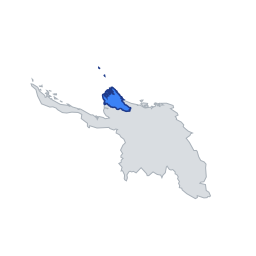 Myanmar, with Ayeyarwady highlighted, rotated 125°
{"feature_id": "MMR-3275", "entity_name": "Ayeyarwady", "entity_type": "Division", "adm_level": 1, "iso_a3": "MMR", "parent_name": "Myanmar", "parent_adm1": "", "projection": "robinson", "projection_center": [94.965, 16.268], "detail": "fine", "context": "in_parent", "style": "filled", "palette": "blue", "viewbox_px": 256, "rotation_deg": 125, "n_neighbors": 0, "source": "natural_earth", "source_scale": "10m", "svg_char_len": 8969}
<svg xmlns="http://www.w3.org/2000/svg" viewBox="0 0 256 256"><g transform="rotate(125 128 128)"><path d="M162.3,115.2L160.0,113.9L158.3,115.1L155.7,114.6L156.0,117.1L154.6,117.9L152.0,117.7L150.4,121.4L145.0,122.3L141.5,121.7L139.5,125.0L139.4,128.7L138.4,131.0L138.9,134.9L136.6,136.0L135.2,135.7L135.9,137.5L137.7,138.3L138.8,142.4L138.5,144.0L145.8,153.4L148.1,160.7L149.8,159.7L150.3,160.5L149.7,162.4L147.4,163.9L147.1,171.7L143.4,173.6L143.6,176.2L144.0,178.0L147.3,183.2L150.9,186.8L153.0,190.6L153.4,196.1L152.9,198.4L153.8,201.8L155.7,204.0L157.8,212.7L153.6,220.4L149.3,225.5L148.8,230.9L147.4,232.7L146.7,231.0L146.4,225.3L148.5,221.8L149.1,214.9L150.4,213.4L149.7,212.7L148.0,213.2L148.6,207.6L147.7,207.4L148.4,206.2L147.4,196.9L144.0,190.4L143.6,187.6L143.1,191.4L142.7,190.6L142.6,185.5L140.7,179.9L140.9,179.4L141.7,179.9L140.9,178.6L140.2,178.9L139.7,177.5L138.6,165.9L137.4,164.3L137.8,159.3L138.7,158.0L135.3,158.5L133.6,154.3L133.5,152.0L130.0,148.5L130.6,149.6L130.0,150.8L130.6,152.7L129.2,156.4L127.7,158.1L125.8,158.7L124.3,157.7L124.0,155.8L123.4,155.7L124.8,159.4L119.2,162.6L118.3,164.8L115.5,167.7L114.6,167.3L115.0,163.4L113.3,166.5L111.0,166.6L110.5,162.4L109.6,164.8L108.2,165.6L108.6,158.7L108.2,160.7L106.0,163.4L103.8,164.3L104.3,158.6L107.2,149.5L107.5,146.6L105.9,139.3L103.3,133.3L104.1,133.2L102.3,131.4L102.1,126.9L101.1,128.5L100.9,131.4L98.7,129.9L96.6,126.0L97.5,125.6L99.9,127.5L101.3,126.5L101.6,125.2L97.8,121.3L98.7,119.8L97.5,119.8L94.2,118.0L93.3,118.3L93.7,120.0L93.0,120.4L91.8,117.9L92.7,116.7L91.9,116.7L92.4,114.5L92.1,114.1L90.6,117.1L89.7,116.4L90.7,114.9L90.3,114.0L88.9,112.3L89.0,115.4L85.6,110.6L83.7,104.0L85.2,102.3L87.8,104.3L87.6,96.2L88.7,94.4L91.5,95.9L92.2,93.8L93.3,93.3L92.6,87.7L93.5,84.1L95.3,83.5L95.7,80.6L96.0,76.7L95.1,72.3L96.7,73.4L98.6,73.0L103.0,74.5L104.6,69.4L108.7,61.1L107.2,59.2L107.4,58.0L111.0,53.6L112.9,49.8L112.1,46.3L112.8,43.4L116.1,41.6L123.2,35.8L128.5,35.0L130.6,37.3L132.1,37.5L129.9,32.1L134.3,28.1L134.2,24.9L136.3,21.5L137.4,21.7L138.5,23.3L139.7,23.3L141.7,25.7L143.7,32.5L145.2,31.3L147.2,32.3L148.1,42.2L147.6,48.1L146.5,49.4L147.4,51.8L145.5,52.6L144.3,54.9L142.4,55.1L141.1,58.3L139.2,58.8L138.2,61.3L138.5,63.1L136.9,64.2L136.4,67.5L137.8,68.7L138.2,70.5L136.8,74.1L138.0,74.2L143.2,71.8L146.8,72.3L149.3,71.7L147.8,74.2L149.3,77.4L149.6,82.3L155.1,83.7L156.0,85.0L154.8,86.5L153.0,94.5L160.1,95.6L160.4,98.7L161.9,99.8L162.2,101.5L163.1,102.1L167.0,102.0L169.2,99.9L172.2,99.0L172.3,100.7L171.7,102.0L168.5,103.8L166.4,107.4L166.2,108.3L167.2,109.0L163.5,110.4L162.3,115.2ZM98.8,123.8L101.1,125.3L100.7,126.4L99.2,126.5L98.1,124.6L98.8,123.8ZM144.8,202.5L146.2,204.8L144.8,206.4L144.8,202.5ZM98.6,133.8L97.4,133.0L96.5,131.7L99.1,131.8L98.6,133.8ZM146.9,212.4L147.0,215.5L146.0,215.2L145.4,212.6L146.9,212.4ZM107.2,164.3L105.7,166.2L105.5,164.6L107.6,162.2L107.2,164.3ZM137.2,161.6L136.3,161.0L136.2,159.2L136.9,158.7L137.5,159.6L137.2,161.6ZM143.9,216.2L143.7,215.2L144.7,212.7L144.5,214.9L143.9,216.2ZM143.4,221.9L144.6,224.2L144.4,224.6L143.2,222.8L142.5,222.9L143.4,221.9ZM147.8,210.7L146.4,211.4L146.3,209.3L147.8,210.7ZM144.6,232.5L142.9,234.5L143.1,233.4L144.6,232.5ZM91.3,118.3L92.0,120.7L90.9,117.8L91.3,118.3ZM144.8,197.7L144.7,199.5L144.3,196.5L144.8,197.7ZM96.6,120.0L96.8,121.6L95.8,119.4L96.6,120.0ZM143.0,208.5L142.0,207.6L142.4,206.9L142.9,207.0L143.0,208.5ZM142.3,205.8L141.7,207.0L141.0,206.3L141.5,205.7L142.3,205.8ZM142.5,213.3L142.5,214.4L141.8,211.8L142.5,213.3ZM109.6,166.6L108.9,166.5L109.9,165.3L110.0,165.7L109.6,166.6ZM147.1,222.1L146.5,221.9L147.0,220.6L147.1,222.1Z" fill="#d9dde1" stroke="#a8b0b8" stroke-width="1"/><path d="M121.7,160.2L122.2,160.7L122.2,161.0L121.7,161.6L121.3,162.0L121.2,162.0L121.0,161.9L121.1,161.6L120.9,161.7L120.8,161.9L120.6,162.1L120.4,162.1L120.4,161.7L119.7,162.5L119.5,162.8L119.3,162.9L119.1,162.8L119.0,162.7L119.0,162.3L118.9,162.1L118.9,163.0L118.8,163.3L118.5,163.7L118.5,163.9L118.5,164.5L118.4,164.6L118.2,165.1L116.8,166.7L116.2,167.2L115.9,167.5L115.7,167.7L115.3,167.8L114.7,167.7L114.4,167.5L114.4,166.3L114.5,166.3L114.6,166.2L114.7,165.8L114.7,165.6L114.9,165.4L115.1,165.1L115.2,164.7L115.2,164.3L115.2,164.1L115.0,163.5L115.0,163.3L115.1,163.0L115.2,162.8L114.9,163.0L114.8,163.3L114.9,163.5L115.0,163.8L115.0,164.0L115.0,164.5L114.7,165.1L114.5,165.6L114.3,165.9L114.1,166.0L113.9,165.7L114.0,165.5L114.2,165.2L114.3,164.8L114.3,164.5L114.0,165.1L113.8,165.4L113.7,165.8L113.8,166.7L113.7,166.9L113.3,167.0L113.0,166.9L112.8,166.6L112.7,166.2L112.7,165.7L112.9,164.4L112.9,164.1L112.6,164.7L112.5,164.2L112.7,163.7L112.9,163.4L113.3,163.2L113.6,163.2L113.8,163.1L113.5,163.0L113.4,162.9L113.0,163.0L112.9,162.8L112.8,163.0L112.5,163.4L112.3,163.6L112.2,163.9L112.3,164.5L112.3,164.8L112.1,166.3L112.0,166.5L111.9,166.7L111.5,166.8L111.4,167.1L110.9,167.2L110.6,167.0L110.2,167.0L110.0,166.9L110.2,166.7L110.5,166.5L110.5,166.3L110.5,166.2L110.4,166.1L110.2,166.3L110.1,166.1L110.1,165.7L109.9,165.2L110.0,164.9L110.2,164.6L110.3,164.5L110.5,164.5L110.6,164.4L110.8,164.3L110.8,164.1L110.5,164.3L110.4,164.1L110.4,163.6L110.2,163.2L110.3,162.9L110.4,162.5L110.6,162.4L111.2,162.2L111.3,162.1L111.4,161.8L111.5,161.6L111.2,162.0L110.8,162.1L110.6,162.1L110.2,162.6L110.1,162.9L110.1,163.4L110.2,163.9L110.3,164.0L110.0,164.5L109.4,164.9L109.3,165.1L109.0,165.9L108.8,166.1L108.6,166.2L108.4,166.3L108.2,166.2L108.0,165.8L107.9,165.6L107.9,165.8L107.8,165.7L107.7,165.6L107.6,165.4L108.6,164.7L108.9,164.3L109.0,163.7L109.2,163.4L109.3,163.2L109.5,162.8L109.5,162.6L109.3,162.8L109.2,162.9L109.1,163.3L108.8,163.8L108.6,164.3L108.3,164.5L107.7,165.1L107.5,165.3L107.2,165.2L107.2,164.9L107.5,164.5L108.0,164.0L108.2,163.6L108.4,163.1L108.4,162.6L108.4,162.1L108.3,161.7L108.2,161.6L108.4,161.2L108.6,160.5L108.7,160.4L108.8,160.4L108.8,160.2L108.6,159.1L108.7,158.8L108.9,158.7L108.5,158.7L108.4,158.7L108.3,158.4L108.3,158.7L108.4,159.7L108.4,160.3L108.4,160.5L108.1,160.8L108.0,161.3L107.9,161.5L107.6,161.7L107.4,161.8L107.4,161.7L107.7,161.2L107.9,160.8L107.9,160.6L107.6,160.8L107.6,161.1L107.4,161.4L107.2,161.4L107.0,161.2L106.8,161.1L106.7,161.2L106.8,161.7L106.8,161.9L106.6,162.3L106.1,163.3L105.9,163.7L105.5,163.8L105.3,163.9L105.2,163.9L105.1,164.1L105.1,164.4L105.0,164.5L104.8,164.6L104.6,164.6L104.4,164.5L104.2,164.8L103.7,164.3L103.7,164.2L103.7,162.7L104.0,161.4L103.9,160.5L104.0,160.4L104.2,160.1L104.3,159.2L104.3,158.5L104.3,158.4L104.7,158.5L104.9,158.5L105.0,158.2L105.1,157.9L105.0,157.7L104.9,157.6L105.1,157.4L105.2,157.2L105.2,156.5L105.4,155.9L105.6,155.6L105.6,155.0L105.6,154.8L105.4,154.5L105.4,154.4L105.4,154.2L105.5,154.1L105.8,154.2L106.2,153.6L106.2,153.3L106.2,152.4L106.4,152.0L106.5,151.7L106.4,151.5L106.2,151.3L106.1,151.2L106.2,150.9L106.7,151.1L107.0,150.9L106.9,150.7L106.7,150.6L106.7,150.4L106.7,149.9L106.8,149.8L107.0,149.7L107.0,149.4L107.3,149.5L107.5,149.7L107.4,149.0L107.3,147.8L107.9,148.3L108.1,148.4L108.5,148.5L108.9,148.9L109.0,148.9L109.5,148.2L109.6,147.8L109.6,146.9L109.6,146.5L109.6,146.1L109.7,145.9L109.8,145.7L110.3,145.1L110.4,144.7L110.5,144.1L110.6,143.8L110.6,143.4L110.2,142.6L110.2,142.3L110.2,142.1L110.3,141.7L110.3,140.5L110.5,139.6L110.5,138.9L110.4,138.5L109.9,137.6L110.4,137.1L110.7,136.9L110.9,136.9L111.2,136.9L111.5,137.1L111.7,137.4L111.9,137.5L112.2,137.5L112.4,137.3L112.6,136.8L112.6,136.6L112.6,136.4L112.8,136.3L113.1,136.3L113.5,136.7L114.3,137.8L114.4,138.0L114.7,138.2L115.1,138.8L115.4,139.0L115.6,139.6L115.6,139.9L115.7,140.1L116.0,141.3L116.1,141.7L116.0,142.1L116.2,142.3L116.4,142.5L116.4,143.0L116.4,143.5L116.0,144.0L116.0,144.3L116.1,144.8L116.3,145.2L116.5,145.6L116.7,145.8L116.9,145.9L117.0,146.0L117.4,146.2L118.0,146.4L118.3,146.6L118.5,146.9L119.0,147.8L118.9,148.3L118.6,149.0L118.4,149.6L118.5,150.0L118.6,150.7L118.8,150.9L118.9,151.2L119.0,151.3L119.2,151.5L119.5,151.7L119.8,152.4L120.0,152.5L120.0,153.1L120.1,153.3L120.3,153.6L120.5,153.8L120.6,154.2L120.4,154.6L120.3,154.9L120.3,155.1L120.5,155.7L120.6,156.0L120.5,156.5L120.4,156.8L120.3,157.0L120.2,157.0L120.3,157.3L120.4,157.5L120.3,158.0L120.3,158.4L120.0,158.8L119.9,159.0L120.0,159.1L120.2,159.4L120.2,159.5L120.4,159.7L120.6,159.9L120.8,159.9L121.4,159.9L121.5,160.0L121.7,160.2ZM108.2,162.0L108.2,162.5L108.1,163.1L107.9,163.6L107.4,164.3L107.1,164.5L106.6,164.7L106.4,164.9L106.4,165.2L106.3,165.3L106.0,165.5L105.9,165.6L106.0,165.8L105.9,166.0L105.7,166.3L105.8,166.0L105.7,165.6L105.4,164.8L105.5,164.5L105.8,164.3L106.1,164.1L106.4,163.8L106.8,163.1L107.1,162.8L107.7,162.0L108.0,161.7L108.2,162.0ZM109.8,165.1L109.9,165.5L110.0,165.9L109.9,166.1L109.8,166.4L109.6,166.8L109.3,166.9L109.0,166.8L108.8,166.7L109.0,166.4L109.2,166.2L109.4,165.7L109.6,165.3L109.8,165.1ZM95.5,185.8L95.6,186.3L95.5,186.5L95.3,186.6L95.4,185.8L95.4,185.6L95.5,185.6L95.5,185.8ZM98.3,177.5L98.4,177.4L98.5,177.2L98.8,176.9L98.8,177.0L98.6,177.4L98.5,177.6L98.3,177.5Z" fill="#3b82f6" stroke="#1e3a8a" stroke-width="1.5"/></g></svg>